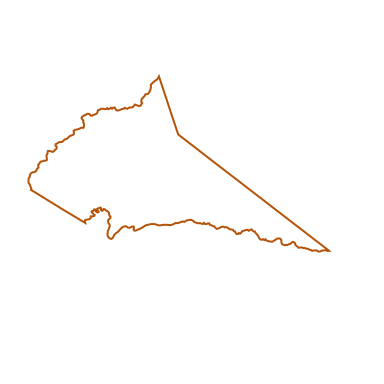 Envira, Amazonas, Brazil, rotated 211°
{"feature_id": "56859067B30113136675295", "entity_name": "Envira", "entity_type": "district", "adm_level": 2, "iso_a3": "BRA", "parent_name": "Brazil", "parent_adm1": "Amazonas", "projection": "mercator", "projection_center": [-70.098, -7.617], "detail": "fine", "context": "isolated", "style": "outline", "palette": "amber", "viewbox_px": 384, "rotation_deg": 211, "n_neighbors": 0, "source": "geoboundaries", "source_scale": "gbopen_adm2", "svg_char_len": 5531}
<svg xmlns="http://www.w3.org/2000/svg" viewBox="0 0 384 384"><g transform="rotate(211 192 192)"><path d="M279.9,274.1L279.7,271.9L279.9,270.4L280.6,269.1L281.7,266.1L282.2,264.4L282.5,262.5L281.6,261.4L281.0,260.1L280.4,258.6L280.3,257.1L279.9,255.5L280.1,253.9L281.0,252.7L282.2,251.8L282.1,250.2L282.6,247.3L283.0,245.9L282.5,244.3L281.8,243.0L280.5,242.6L280.6,241.0L280.5,239.5L281.6,238.4L283.0,238.1L286.1,237.5L286.2,235.2L286.8,233.8L287.9,232.8L289.2,232.3L290.4,229.8L292.9,229.6L293.4,228.2L294.6,227.3L295.5,225.9L297.6,223.5L299.1,223.1L301.8,224.6L303.0,223.6L303.4,222.2L304.8,222.5L305.4,221.1L306.4,219.8L307.8,220.3L308.3,219.0L309.4,218.1L310.8,217.7L312.2,217.0L313.2,215.9L313.6,214.6L314.7,213.7L314.3,212.3L314.0,210.7L314.5,209.3L315.4,208.1L316.5,207.1L317.0,205.9L318.4,205.3L319.7,206.0L321.2,205.6L322.3,204.9L322.8,203.3L323.9,202.3L324.3,201.0L325.0,199.7L324.7,198.3L321.8,197.2L321.3,195.8L320.0,195.1L319.1,193.9L318.8,193.2L318.5,192.6L318.1,191.1L319.6,190.4L320.5,189.3L321.2,188.1L322.2,187.0L324.4,184.8L325.0,183.4L324.0,182.3L323.1,181.0L323.5,179.6L325.4,177.2L326.0,175.8L326.3,174.2L326.9,172.9L328.0,171.8L328.6,169.9L328.9,168.4L329.9,167.4L331.3,166.6L332.1,165.4L332.7,164.0L333.5,162.8L332.9,161.4L331.5,161.2L330.6,160.1L330.6,158.6L331.3,157.3L331.3,155.8L332.1,154.6L333.6,154.3L335.5,153.7L336.7,152.8L335.6,150.2L335.7,148.7L334.6,146.9L333.6,145.9L332.9,144.6L333.7,143.3L335.2,142.4L336.0,141.2L337.1,140.4L337.6,139.1L337.4,137.6L337.9,136.2L337.1,135.0L336.1,133.8L336.7,132.5L336.7,131.1L336.5,129.6L337.1,128.2L338.3,127.2L339.2,126.1L339.8,124.6L339.7,123.1L339.0,121.9L338.9,119.4L338.4,118.1L336.7,115.6L335.0,114.9L331.2,111.9L331.1,110.8L326.2,110.9L320.9,110.8L304.1,110.6L294.0,110.5L267.5,110.5L268.1,111.2L268.9,111.7L269.2,112.6L268.7,113.5L268.2,113.8L267.6,114.3L267.0,114.9L266.5,115.3L266.0,116.0L265.6,116.8L265.4,117.6L266.0,118.3L266.2,119.1L265.6,119.5L264.9,119.7L264.3,120.2L263.7,121.0L263.4,121.6L263.7,122.2L264.4,122.3L265.1,122.3L265.8,122.6L266.8,122.9L267.6,123.0L268.0,123.4L267.9,124.1L267.4,124.5L266.8,125.1L266.8,126.1L266.7,126.9L265.9,127.1L265.3,126.6L264.6,126.1L263.7,125.7L262.8,125.7L262.1,126.1L261.8,126.9L262.3,127.4L263.0,127.5L263.6,127.6L264.2,127.9L264.6,128.6L264.3,129.3L263.5,130.2L263.0,130.9L262.5,131.5L261.8,131.3L261.3,130.6L261.0,130.1L260.6,129.7L259.9,129.4L259.3,129.6L259.0,130.2L259.1,130.9L259.1,131.8L258.4,132.1L257.9,132.3L257.3,132.2L256.8,131.9L254.4,132.0L253.0,131.7L251.6,130.4L250.7,129.2L249.2,128.9L248.6,127.5L249.1,126.2L249.3,124.6L248.6,123.2L247.3,122.1L245.8,121.6L244.9,120.4L244.2,117.0L244.1,115.4L243.8,114.6L243.5,113.9L243.2,113.4L242.8,112.6L242.5,112.1L242.2,111.5L241.7,111.0L241.1,110.6L240.4,110.3L239.6,110.0L238.7,109.9L238.0,109.9L237.2,110.1L236.7,110.7L236.5,111.2L236.4,112.0L236.3,112.9L236.4,113.5L236.4,114.5L236.5,115.6L236.2,116.7L236.0,117.5L235.7,118.0L235.5,118.5L235.2,119.2L234.9,119.8L234.5,121.6L234.4,122.7L234.2,123.6L234.1,124.3L233.8,125.0L233.6,125.7L233.3,126.3L232.9,126.9L232.4,127.5L231.9,128.0L231.4,128.4L230.8,128.6L229.8,128.5L228.8,128.5L227.8,128.8L226.9,129.3L226.3,130.2L226.0,131.0L225.7,131.4L225.0,131.9L224.4,132.3L223.7,132.0L223.3,131.5L223.0,130.9L222.9,130.0L222.3,129.5L221.6,129.3L220.9,129.5L220.2,130.1L219.8,130.6L219.4,131.3L218.9,132.1L218.4,132.6L217.7,133.6L217.3,134.2L216.8,135.0L216.3,135.9L215.2,138.2L214.9,138.9L214.5,139.5L214.2,139.9L213.8,140.4L213.3,140.8L212.7,141.4L212.2,141.9L211.6,142.4L210.9,143.1L210.2,143.6L209.6,144.0L209.0,144.3L208.6,144.7L207.9,145.0L206.8,145.5L205.8,145.7L205.0,145.8L204.3,146.0L203.6,146.2L202.8,146.5L202.3,146.9L201.7,147.4L201.1,147.9L200.6,148.3L200.1,148.7L199.7,149.0L199.0,149.6L198.1,150.1L197.4,150.4L196.9,150.8L196.4,151.1L195.9,151.3L194.7,151.9L194.0,152.1L192.7,153.2L191.7,154.3L190.1,157.0L188.7,157.6L188.2,158.1L187.5,158.7L186.6,159.9L184.6,162.1L183.2,162.4L181.9,164.9L180.7,165.9L179.7,167.0L178.4,167.7L177.1,167.8L175.6,167.8L174.2,167.4L172.9,167.9L171.5,167.9L169.1,169.4L167.6,169.8L166.2,170.1L165.8,171.8L164.2,171.3L163.0,172.0L162.2,173.3L161.0,174.0L160.1,173.0L158.3,173.4L156.8,173.6L155.1,174.0L153.6,173.4L151.8,173.1L150.0,175.1L149.5,176.4L148.5,177.5L147.2,178.5L145.7,178.5L144.5,179.6L143.0,179.8L141.6,179.5L140.2,179.6L137.4,180.7L136.0,180.0L134.7,180.3L133.6,179.4L132.2,179.0L131.4,179.3L130.9,179.6L130.8,181.0L129.4,181.0L128.8,182.5L128.9,184.0L128.1,185.1L127.0,186.2L126.1,187.3L124.8,188.2L123.4,188.0L122.7,189.3L121.8,190.6L120.4,190.2L119.0,189.9L117.7,190.5L116.4,189.6L114.8,189.2L113.3,188.7L112.1,188.0L110.8,187.2L109.4,186.6L107.8,186.8L106.9,188.1L105.3,188.0L104.8,189.3L103.5,188.8L101.0,189.2L99.2,190.0L97.7,190.5L96.3,193.3L95.5,194.5L95.1,195.9L92.6,197.4L91.0,197.1L89.3,194.8L88.2,193.9L86.6,193.8L84.9,194.2L84.1,195.2L82.9,195.7L82.1,197.2L80.9,198.2L80.6,199.7L80.0,201.1L78.5,201.5L77.1,201.1L76.2,199.9L71.7,199.2L70.6,200.2L69.2,201.1L67.8,201.2L66.6,202.0L64.6,202.4L63.2,203.1L61.7,203.0L60.3,203.5L58.9,203.4L57.8,204.4L56.5,205.2L55.3,206.0L53.9,206.2L52.5,206.2L51.4,207.2L50.6,208.5L49.5,209.5L47.0,211.1L45.5,211.2L44.2,212.2L65.8,214.7L75.9,215.9L76.6,216.0L83.0,216.7L97.8,218.4L98.6,218.5L101.9,218.9L108.9,219.7L110.7,219.9L111.7,220.1L112.4,220.1L113.9,220.3L115.0,220.4L119.3,220.9L122.8,221.3L130.1,222.2L132.0,222.4L148.5,224.3L149.2,224.5L149.8,224.5L182.4,228.2L200.3,230.3L211.8,231.7L233.5,234.2L234.0,234.7L245.5,244.5L279.9,274.1Z" fill="none" stroke="#b45309" stroke-width="2"/></g></svg>